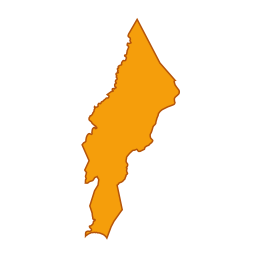 Fond Estate, Praslin, Saint Lucia (Robinson projection), rotated 83°
{"feature_id": "8701671B74250012316808", "entity_name": "Fond Estate", "entity_type": "district", "adm_level": 2, "iso_a3": "LCA", "parent_name": "Saint Lucia", "parent_adm1": "Praslin", "projection": "robinson", "projection_center": [-60.918, 13.843], "detail": "fine", "context": "isolated", "style": "filled", "palette": "amber", "viewbox_px": 256, "rotation_deg": 83, "n_neighbors": 0, "source": "geoboundaries", "source_scale": "gbopen_adm2", "svg_char_len": 5864}
<svg xmlns="http://www.w3.org/2000/svg" viewBox="0 0 256 256"><g transform="rotate(83 128 128)"><path d="M177.4,177.0L177.4,176.8L177.7,175.7L177.7,174.7L177.4,174.1L176.9,173.4L176.6,172.9L176.4,172.3L176.1,170.6L175.9,169.6L175.6,169.1L175.2,168.7L173.5,167.3L173.1,166.9L172.9,166.4L172.7,165.1L172.4,164.6L175.7,163.3L181.0,164.7L186.2,168.8L200.7,175.4L208.4,173.9L208.8,174.0L211.3,174.0L212.4,173.8L213.1,174.0L214.3,173.7L214.7,173.0L214.6,172.2L214.9,171.9L215.6,172.0L216.1,172.5L216.2,173.2L216.7,173.7L218.4,174.2L218.8,174.4L220.2,176.1L220.6,177.1L220.7,177.5L220.6,177.8L220.8,178.2L221.2,178.3L221.7,178.2L222.5,177.8L223.2,177.1L224.0,176.7L224.9,176.6L225.3,176.9L225.7,177.6L225.9,178.8L225.5,180.2L225.6,181.2L226.0,182.2L226.5,182.6L227.2,182.9L230.1,183.3L229.9,183.1L229.4,182.1L228.7,180.9L228.4,180.3L228.0,179.3L227.8,178.3L227.5,177.9L227.4,177.5L227.5,176.3L227.5,175.0L227.5,174.1L227.5,173.8L227.9,173.1L227.8,172.6L227.8,172.0L227.9,171.7L228.2,171.3L228.4,170.7L228.6,169.4L228.9,168.7L229.7,167.2L230.3,166.1L231.0,165.1L231.9,164.2L233.0,163.3L233.6,162.9L233.9,162.8L234.7,162.4L223.9,156.8L218.8,153.3L208.7,144.1L208.5,143.7L183.4,145.8L183.2,145.4L182.7,144.6L181.9,143.9L181.4,143.3L181.1,142.1L181.0,141.5L180.4,140.1L180.0,139.6L179.8,139.2L178.9,138.3L178.4,137.5L178.0,137.2L177.1,136.9L175.5,135.9L174.8,135.8L174.6,135.6L174.4,135.5L174.1,135.1L173.6,134.4L173.4,134.2L173.2,134.1L172.9,134.0L172.6,134.1L171.6,134.5L170.3,134.6L169.9,134.6L169.3,134.4L168.3,134.0L167.8,133.9L167.3,134.4L167.0,134.4L166.5,134.1L166.1,133.5L165.5,133.1L164.6,132.8L163.8,132.8L163.1,133.2L162.1,133.7L160.9,134.0L159.4,133.7L158.0,133.2L157.2,133.1L156.4,132.7L155.9,132.2L153.4,129.6L151.1,126.4L150.8,125.8L150.8,125.2L150.8,124.7L150.8,124.1L150.2,121.9L150.7,121.4L151.5,121.1L152.2,120.6L152.5,120.3L152.6,119.6L152.6,118.8L151.8,116.4L151.1,114.4L150.6,114.0L149.7,113.9L149.1,113.3L148.8,112.8L148.2,111.7L147.7,109.7L147.5,109.3L146.5,108.2L145.9,107.3L145.5,106.5L144.8,105.8L143.9,105.1L143.6,105.0L143.2,105.0L142.5,105.5L140.9,106.7L140.6,106.8L138.9,107.0L137.9,106.9L137.3,106.8L136.2,106.2L135.6,105.7L134.8,105.2L132.2,104.0L130.0,103.1L129.4,102.6L129.0,102.3L128.0,101.0L127.0,100.0L126.2,99.8L125.6,99.6L124.4,99.2L123.6,98.8L121.8,98.1L119.2,96.6L118.0,96.2L117.2,95.9L117.0,95.6L115.7,94.4L115.2,93.8L114.4,92.6L114.0,91.9L113.7,91.2L112.7,88.4L111.8,85.8L111.2,83.1L110.5,80.4L110.3,79.8L109.9,79.1L109.7,78.9L109.3,78.7L108.8,78.4L108.4,78.3L108.1,78.3L107.6,78.6L107.4,78.6L105.2,78.5L104.6,78.4L104.2,78.2L103.6,77.8L103.0,77.2L101.8,75.4L100.7,73.9L100.0,73.2L99.2,72.9L98.4,72.7L97.6,72.7L96.6,72.9L93.2,74.9L92.0,75.5L91.1,76.0L90.1,76.2L87.5,76.6L87.1,76.4L86.8,76.2L86.5,75.8L86.5,75.4L67.4,88.4L21.3,105.7L34.8,115.9L35.1,116.1L35.8,116.3L36.2,116.6L36.8,116.7L37.2,116.5L37.5,116.4L37.8,116.1L38.1,115.7L38.5,115.2L39.4,114.9L40.2,114.8L40.3,114.9L41.0,115.2L41.4,115.4L41.8,115.3L42.9,115.0L43.7,114.6L43.9,114.7L44.0,115.0L44.1,115.5L44.1,116.1L44.3,116.5L44.3,116.8L44.1,117.2L43.8,117.7L43.8,117.9L43.8,118.0L44.6,118.5L45.5,118.7L45.8,118.7L46.0,118.6L46.6,117.8L46.9,117.6L47.2,117.5L47.8,117.5L48.3,117.7L48.6,117.9L51.2,119.4L51.8,119.6L52.3,119.6L53.0,119.9L53.5,120.1L54.1,120.2L54.8,120.6L55.1,120.9L55.4,121.3L55.2,121.8L55.2,122.0L55.3,122.3L55.6,122.5L56.0,122.5L56.2,122.4L56.5,122.2L57.5,121.1L58.1,121.0L58.9,121.3L60.3,122.0L60.6,122.3L60.8,122.9L60.7,123.6L60.5,124.0L60.6,124.7L60.9,125.0L61.8,125.9L62.6,126.4L62.9,126.5L63.5,126.6L64.4,126.6L64.5,126.7L64.6,127.5L64.8,128.3L65.3,129.5L65.4,129.8L65.9,130.2L66.2,130.3L66.3,130.3L66.7,130.0L66.8,130.0L67.2,130.0L67.4,130.2L67.6,130.9L67.9,131.3L68.3,131.3L68.7,131.3L69.6,130.9L69.8,130.9L70.3,131.4L70.5,131.5L70.8,131.4L71.3,131.0L71.7,130.9L71.9,131.0L72.1,131.3L72.1,131.8L72.0,132.3L72.4,133.0L72.7,133.2L72.9,133.3L73.3,133.3L73.6,133.3L74.3,133.1L74.5,132.8L74.8,132.8L75.3,133.0L75.8,133.4L76.2,133.4L76.5,133.3L76.8,132.9L77.1,132.9L77.4,132.8L77.7,132.8L78.4,133.0L78.6,133.2L79.0,134.2L79.4,134.5L80.1,134.7L80.4,134.8L81.1,134.5L81.4,134.4L81.7,134.2L81.9,134.2L82.1,134.2L82.4,134.7L82.3,135.2L82.8,135.4L83.3,135.9L83.9,136.0L84.7,136.0L85.3,135.9L85.5,135.5L86.0,135.1L86.2,134.9L86.6,135.0L87.0,136.3L87.3,136.4L87.6,136.8L87.5,137.0L87.1,137.2L87.1,138.5L87.4,138.8L87.8,138.9L88.2,138.9L88.6,138.7L89.2,138.2L89.6,138.3L89.7,138.6L89.7,139.9L89.8,140.1L92.3,144.6L92.9,144.0L93.3,143.5L93.6,143.1L93.9,143.0L94.2,143.0L94.9,143.3L95.2,143.5L95.5,143.8L95.7,144.1L95.8,144.5L95.6,145.6L95.7,146.0L95.8,146.2L96.4,146.7L97.3,148.3L98.3,149.5L98.7,150.3L98.7,150.8L99.0,151.3L99.6,151.7L100.3,152.0L100.5,152.2L100.5,152.5L100.1,153.4L100.0,153.8L100.1,154.1L100.4,154.4L101.4,155.0L101.8,155.0L102.1,154.9L102.5,154.9L102.9,155.1L103.2,155.6L103.5,156.4L103.4,156.6L103.5,157.1L103.5,157.5L103.3,157.9L103.2,158.1L102.6,158.5L103.0,158.8L103.5,158.8L104.4,158.5L104.7,158.5L105.2,159.0L105.9,159.4L107.3,159.7L107.9,160.2L108.6,160.9L109.9,161.6L111.1,162.8L111.3,163.3L111.2,163.7L111.3,164.0L112.2,164.5L113.1,165.3L114.3,165.6L114.8,165.6L115.3,165.5L116.2,164.8L117.2,163.8L117.9,163.4L118.8,163.1L119.4,162.6L120.3,161.9L121.4,160.7L122.2,159.9L122.4,159.7L122.6,159.7L123.2,159.4L123.5,159.1L123.9,158.9L124.3,159.0L124.6,159.7L124.7,160.0L124.6,160.5L124.0,160.8L123.5,160.9L123.3,161.4L123.5,162.0L124.0,162.7L124.6,163.3L125.5,163.7L128.2,164.4L129.0,164.3L129.7,164.6L129.9,165.1L129.8,165.5L129.3,166.1L128.9,167.0L129.0,167.8L129.5,168.6L130.5,169.5L132.1,170.4L134.3,171.1L135.9,171.4L136.3,171.7L136.9,172.7L137.4,173.9L139.1,175.6L155.7,170.6L164.4,176.0L165.1,175.8L165.7,175.4L166.8,174.8L167.3,174.6L167.8,174.9L168.1,175.0L168.7,175.1L169.1,175.3L170.0,175.8L171.0,176.1L173.3,175.6L174.1,176.4L175.4,176.7L177.0,176.9L177.4,177.0Z" fill="#f59e0b" stroke="#b45309" stroke-width="1.5"/></g></svg>